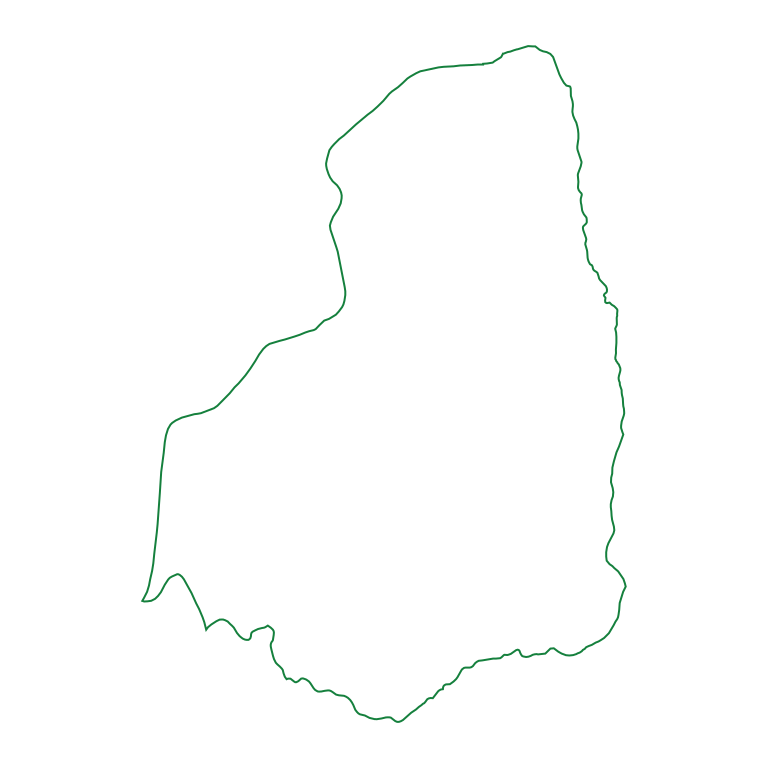 Buenavista, Quindío, Colombia
{"feature_id": "7082276B42477107224042", "entity_name": "Buenavista", "entity_type": "district", "adm_level": 2, "iso_a3": "COL", "parent_name": "Colombia", "parent_adm1": "Quindío", "projection": "equal_earth", "projection_center": [-75.74, 4.37], "detail": "fine", "context": "isolated", "style": "outline", "palette": "green", "viewbox_px": 768, "rotation_deg": 0, "n_neighbors": 0, "source": "geoboundaries", "source_scale": "gbopen_adm2", "svg_char_len": 6082}
<svg xmlns="http://www.w3.org/2000/svg" viewBox="0 0 768 768"><path d="M535.3,46.4L532.9,46.4L528.1,46.1L517.6,49.3L517.1,49.3L513.8,50.3L510.3,51.6L507.6,52.1L503.5,53.7L503.0,53.6L501.4,56.7L500.9,57.3L494.5,61.2L492.7,62.6L487.1,63.5L483.1,63.8L483.1,64.5L478.2,64.5L472.1,65.0L460.2,65.5L453.6,66.3L443.7,66.8L438.5,67.4L420.3,71.3L416.2,73.2L410.4,76.5L407.4,78.5L402.4,83.3L398.0,87.2L392.0,91.4L389.3,93.8L383.3,100.9L377.6,106.5L372.7,110.9L367.6,114.7L356.0,124.4L343.8,135.6L339.3,139.0L334.3,144.0L331.8,146.8L329.4,150.2L327.1,158.5L326.1,163.4L326.2,165.8L326.8,168.9L328.5,174.0L330.1,177.5L332.7,181.3L337.1,185.3L339.6,188.9L341.1,192.5L341.7,195.5L341.6,198.3L340.7,203.4L338.3,208.8L333.1,216.7L330.8,222.3L329.9,225.6L330.5,229.8L336.3,247.1L337.7,251.6L344.7,287.1L345.3,291.2L345.3,295.1L344.4,300.9L343.4,304.5L342.1,307.1L338.8,311.5L335.9,314.7L329.0,318.9L324.2,320.6L319.4,325.2L315.7,329.1L313.7,330.1L309.2,331.2L305.3,332.5L299.7,334.8L294.3,336.6L284.9,339.5L279.5,340.9L269.5,343.9L266.2,346.1L263.2,349.0L259.1,354.5L255.3,361.0L250.4,368.5L245.4,375.4L238.6,383.4L234.6,387.3L229.7,393.3L217.4,405.8L214.0,408.2L200.9,413.2L197.6,413.8L194.3,414.2L181.9,417.6L175.7,420.5L172.2,422.9L170.5,424.6L168.0,428.9L166.0,435.3L164.8,442.1L163.7,453.0L161.2,472.0L159.8,493.7L157.6,524.1L156.8,532.4L154.3,553.4L153.3,563.4L152.1,570.9L150.2,579.2L149.0,585.5L147.1,591.8L144.1,597.7L142.3,600.9L144.2,601.5L147.6,601.3L151.2,600.8L155.1,598.8L158.0,596.0L160.9,592.2L164.8,584.7L168.2,579.5L169.8,577.8L172.0,576.5L177.2,574.2L178.4,574.3L179.7,574.9L181.9,576.7L183.9,579.3L191.5,593.0L196.2,603.4L199.1,609.0L202.6,617.3L204.3,622.2L206.2,629.7L208.0,627.2L211.3,624.5L216.4,621.2L219.7,619.6L223.0,619.5L225.1,620.2L227.7,621.5L230.1,624.0L232.0,625.7L233.8,627.6L237.0,633.0L239.6,636.1L241.4,637.6L242.9,638.7L245.0,639.6L246.8,639.9L248.3,639.9L249.2,639.4L250.3,638.3L250.9,636.4L251.1,634.2L251.5,632.9L252.6,631.7L255.3,630.3L258.1,629.0L262.1,628.0L264.0,627.7L265.3,627.2L267.8,625.6L270.8,627.7L272.9,629.7L273.6,631.0L273.9,632.5L273.7,635.0L272.9,640.1L272.5,640.9L271.5,642.2L271.0,643.4L270.7,645.0L270.8,646.7L271.3,649.1L273.0,655.9L274.0,659.1L275.8,662.7L277.3,664.3L279.9,666.6L281.9,668.7L282.8,670.1L283.6,673.4L284.8,676.7L286.6,679.2L287.8,678.7L289.0,678.6L290.5,678.7L294.2,681.6L295.2,682.2L296.3,682.2L298.3,681.2L301.2,678.6L302.9,678.4L304.8,679.0L306.3,679.6L309.0,681.5L310.5,683.4L313.6,688.2L315.1,689.9L316.7,690.9L317.9,691.5L319.3,691.6L321.3,691.5L324.8,690.8L328.1,690.4L329.5,690.5L330.9,691.0L332.5,692.0L336.1,694.6L338.9,695.3L344.0,695.8L346.1,696.7L348.0,697.9L350.2,700.0L351.9,702.4L353.3,705.0L355.3,709.8L357.0,712.0L358.4,713.4L359.9,714.3L364.9,715.5L369.5,717.9L374.5,719.1L376.8,719.2L381.4,718.5L386.0,717.4L389.0,717.3L390.8,717.6L395.3,721.1L397.2,721.9L398.8,721.9L400.9,721.2L403.0,720.0L411.2,712.7L416.0,709.5L418.9,706.9L421.5,705.1L422.9,703.8L424.2,703.2L425.4,701.8L427.3,699.2L428.8,698.4L430.7,698.0L432.8,698.2L438.2,691.2L439.5,690.2L440.9,689.5L442.9,689.2L443.1,687.2L443.8,685.7L444.9,684.9L446.0,684.4L449.9,684.2L453.6,681.5L456.1,679.1L457.5,677.2L461.4,670.3L462.1,669.3L464.0,667.9L465.4,667.6L469.7,667.6L471.3,667.2L472.9,666.1L475.2,663.1L477.0,661.7L478.7,660.8L482.3,660.4L493.1,658.6L495.9,658.6L500.1,658.2L501.4,657.4L503.7,655.2L504.4,654.8L507.3,655.0L508.6,654.7L510.8,653.9L516.2,650.1L517.7,649.7L518.7,650.0L519.5,650.9L520.4,653.3L521.3,654.9L522.3,656.1L523.5,656.5L526.1,657.0L528.4,656.7L530.7,655.9L532.7,654.8L534.7,654.3L536.6,654.1L538.1,654.4L545.3,653.6L550.4,648.6L553.8,648.3L558.3,651.7L561.7,653.6L566.0,655.2L569.4,655.5L573.1,655.1L576.3,654.1L577.5,653.4L579.7,652.6L581.8,651.2L582.9,649.9L584.7,648.9L586.2,647.2L588.8,646.0L591.8,644.9L595.7,642.6L598.5,641.5L600.7,640.2L604.1,638.0L608.9,633.2L613.6,625.3L615.5,621.6L617.2,619.1L618.0,617.3L618.5,614.9L619.2,610.0L619.7,603.0L623.1,591.9L625.7,586.6L624.9,583.4L623.4,579.0L618.2,571.4L614.3,568.1L612.4,566.1L609.6,564.2L606.7,560.7L606.2,556.6L606.2,552.2L607.0,547.1L608.4,543.2L613.5,533.4L614.3,530.2L613.9,526.6L612.1,519.8L611.6,515.8L611.3,511.0L610.8,507.1L610.8,504.1L611.6,500.0L612.9,496.5L613.3,492.2L612.7,488.1L611.0,482.3L611.2,477.6L612.2,473.7L612.4,467.6L613.9,461.3L616.5,452.3L619.0,446.6L623.3,434.5L622.5,432.4L621.1,428.0L621.1,425.8L621.7,421.5L623.7,415.7L624.2,413.4L624.1,411.2L623.9,408.7L623.3,406.2L623.1,404.0L622.8,398.4L622.0,395.1L621.7,392.9L621.6,390.0L619.9,385.0L619.7,382.3L619.1,381.0L618.7,379.3L618.6,377.8L619.0,375.6L620.1,371.7L620.4,370.1L620.3,368.2L618.8,364.4L617.7,363.3L617.3,362.3L616.3,361.2L616.0,360.1L615.4,359.2L615.3,357.6L616.0,353.2L615.9,349.6L616.4,342.9L616.4,336.8L616.1,332.5L615.2,328.8L615.5,327.9L616.6,325.6L616.9,324.5L616.7,318.0L616.9,316.6L617.2,315.9L617.1,313.7L617.4,310.7L617.2,309.4L615.9,307.9L614.2,306.2L611.7,304.7L609.6,302.6L607.0,303.1L606.2,302.9L605.3,302.2L605.1,300.4L605.5,297.9L605.2,297.3L604.4,296.4L603.9,295.4L604.2,294.4L605.0,293.5L606.4,292.5L606.9,291.4L607.0,289.7L606.7,288.1L605.9,286.2L600.2,280.2L599.1,278.5L598.6,276.4L597.4,272.8L596.5,272.0L594.4,270.7L593.5,269.8L593.0,268.8L592.6,266.7L592.1,265.6L591.5,264.9L590.7,264.7L589.9,264.0L588.6,261.5L587.9,259.3L587.6,257.7L587.2,251.5L586.9,249.9L585.3,244.4L585.4,242.7L585.8,241.8L586.3,239.3L586.0,237.9L583.2,230.0L582.9,227.9L583.0,227.0L583.3,226.3L586.2,223.5L586.8,222.2L586.7,219.0L586.4,217.5L583.9,214.3L582.6,211.7L582.1,210.2L581.4,204.9L580.9,202.8L580.7,200.4L580.8,198.7L581.8,194.8L581.6,193.8L581.3,193.2L580.3,192.3L578.8,190.3L578.1,188.3L578.0,187.1L578.4,181.9L577.8,175.0L578.1,173.4L580.7,166.4L581.5,162.8L581.5,161.8L577.6,150.1L577.3,148.3L577.3,146.4L578.4,138.6L578.4,133.7L578.0,129.8L577.3,126.3L576.3,122.6L574.5,119.0L573.1,115.5L572.4,111.9L572.5,109.8L572.9,106.1L572.9,104.1L572.5,101.3L570.9,95.9L570.7,88.3L570.2,86.8L569.8,86.4L566.4,85.6L563.9,82.8L561.2,78.1L559.4,74.4L553.1,57.0L550.3,53.9L546.7,52.1L543.0,51.3L539.7,49.9L535.3,46.4Z" fill="none" stroke="#15803d" stroke-width="2"/></svg>